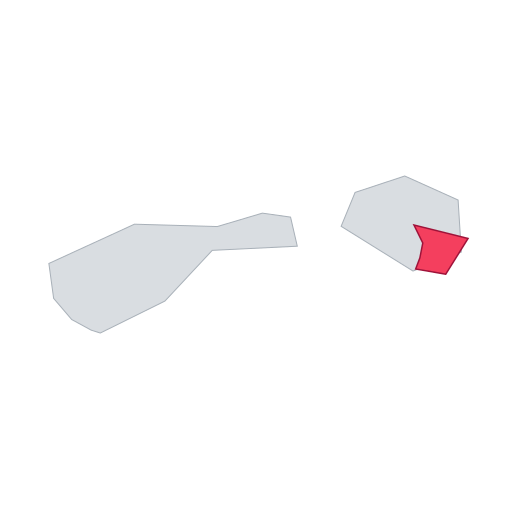 Saint John Figtree on a map of Saint Kitts and Nevis (Equal Earth projection), rotated 296°
{"feature_id": "KNA-5105", "entity_name": "Saint John Figtree", "entity_type": "Parish", "adm_level": 1, "iso_a3": "KNA", "parent_name": "Saint Kitts and Nevis", "parent_adm1": "", "projection": "equal_earth", "projection_center": [-62.592, 17.123], "detail": "fine", "context": "in_parent", "style": "filled", "palette": "rose", "viewbox_px": 512, "rotation_deg": 296, "n_neighbors": 0, "source": "natural_earth", "source_scale": "10m", "svg_char_len": 556}
<svg xmlns="http://www.w3.org/2000/svg" viewBox="0 0 512 512"><g transform="rotate(296 256 256)"><path d="M306.1,270.0L282.9,288.8L241.9,214.2L175.6,193.9L118.5,149.8L117.1,140.3L118.1,118.2L129.2,92.7L158.5,73.1L231.3,132.8L265.5,208.3L297.3,242.9L306.1,270.0ZM394.9,413.1L349.6,438.8L311.3,403.7L320.0,319.5L356.6,317.2L393.1,354.6L394.9,413.1Z" fill="#d9dde1" stroke="#a8b0b8" stroke-width="1"/><path d="M364.7,438.9L322.8,434.5L314.3,405.2L326.2,404.1L340.8,400.2L353.1,384.4L364.7,438.9Z" fill="#f43f5e" stroke="#9f1239" stroke-width="1.5"/></g></svg>